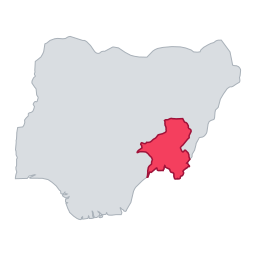 where Taraba sits in Nigeria
{"feature_id": "NGA-2848", "entity_name": "Taraba", "entity_type": "State", "adm_level": 1, "iso_a3": "NGA", "parent_name": "Nigeria", "parent_adm1": "", "projection": "albers", "projection_center": [10.823, 8.016], "detail": "fine", "context": "in_parent", "style": "filled", "palette": "rose", "viewbox_px": 256, "rotation_deg": 0, "n_neighbors": 0, "source": "natural_earth", "source_scale": "10m", "svg_char_len": 6166}
<svg xmlns="http://www.w3.org/2000/svg" viewBox="0 0 256 256"><path d="M221.3,40.1L230.0,51.9L231.8,60.8L232.6,65.1L234.0,65.6L236.6,65.8L238.6,66.7L239.8,68.1L240.5,69.5L240.6,70.3L240.1,75.6L239.5,77.5L239.9,80.2L239.8,81.3L239.5,82.1L238.3,82.9L236.7,83.8L232.8,86.4L231.7,86.8L230.1,86.8L228.7,87.5L227.0,88.9L223.4,94.0L220.4,99.1L218.2,107.4L215.5,110.0L215.0,112.3L214.6,117.5L214.2,119.0L213.7,119.5L210.8,120.5L209.1,121.7L208.1,124.0L206.9,132.0L206.4,133.3L205.5,134.7L204.0,136.2L202.7,137.0L199.3,137.6L196.1,143.6L196.0,144.6L194.6,150.1L192.2,154.2L192.0,156.8L188.9,160.5L187.3,162.9L189.0,165.5L189.1,165.9L183.8,170.2L183.5,170.9L183.3,173.9L182.8,174.7L181.9,175.8L180.4,177.0L179.0,178.0L177.3,178.6L175.7,178.9L174.8,178.5L174.3,177.6L173.4,173.9L173.0,173.1L171.9,172.4L167.8,168.4L165.3,166.9L164.8,167.0L164.4,167.4L163.7,169.5L163.0,170.2L161.7,170.5L159.4,170.5L157.7,170.2L157.4,169.8L156.6,168.2L151.4,171.9L149.7,172.7L147.4,177.0L144.1,179.2L141.9,181.1L135.9,187.0L134.7,188.7L133.5,191.3L130.9,202.4L126.8,209.4L126.2,210.9L125.4,211.4L123.9,211.0L123.1,209.7L122.2,209.5L120.5,207.6L120.1,207.9L121.9,212.7L121.2,214.6L116.2,214.6L111.8,215.2L108.8,215.1L107.3,214.4L106.7,212.6L106.4,212.8L106.3,213.8L105.3,214.5L102.0,214.6L100.5,213.4L99.3,212.0L98.0,211.4L98.2,212.0L99.7,213.3L99.5,215.3L96.8,217.5L95.0,217.6L94.0,216.6L93.5,215.0L93.2,212.7L92.5,211.2L92.1,211.2L92.6,213.7L92.6,216.1L93.8,217.9L91.9,218.4L89.5,218.5L89.2,217.8L88.9,216.3L88.5,215.9L88.0,218.4L83.1,219.1L82.4,219.0L82.3,218.5L82.7,217.8L82.6,216.7L81.5,217.5L81.3,219.3L80.7,219.6L78.9,219.3L76.9,218.4L73.6,216.1L69.6,212.4L69.0,210.8L67.9,208.7L65.9,203.2L66.2,202.9L67.2,203.2L67.6,202.7L66.0,202.3L65.6,201.9L65.5,200.7L65.6,199.2L68.2,198.4L68.8,197.5L69.1,196.6L66.0,198.0L63.1,196.4L62.5,195.4L62.8,194.7L66.2,194.7L67.4,194.0L66.6,193.7L65.4,193.7L64.9,193.2L64.9,192.1L64.5,192.4L64.0,193.4L62.0,194.1L60.8,193.3L60.7,191.7L60.5,190.9L59.5,190.3L56.2,185.9L51.9,182.2L48.1,179.6L42.3,178.3L30.2,178.2L29.5,177.8L30.3,177.3L31.3,176.9L35.3,174.9L34.6,174.6L30.5,175.8L29.2,175.9L27.3,178.4L15.4,178.7L15.4,177.5L16.0,174.3L16.8,172.1L16.0,169.4L15.9,167.0L16.4,166.3L16.6,165.3L16.6,159.1L17.2,158.2L17.3,157.5L16.1,154.9L16.1,152.8L15.9,150.8L15.5,149.9L16.2,142.3L16.1,140.4L16.5,139.1L16.7,135.8L16.8,132.6L17.7,127.5L22.8,126.9L24.0,125.0L24.8,122.5L24.6,120.0L26.3,117.8L28.3,115.9L28.3,113.8L28.9,113.1L29.8,112.7L31.2,112.4L32.7,111.4L33.6,109.6L34.5,106.6L33.2,104.5L33.2,104.1L33.7,103.0L34.6,101.9L35.2,101.5L36.7,101.8L37.1,101.4L38.1,98.1L38.1,97.2L36.7,95.0L36.1,89.1L35.7,88.3L34.7,87.2L31.9,83.0L32.0,81.0L33.2,78.5L34.0,77.3L35.1,76.6L35.3,76.1L35.0,75.3L34.5,74.8L34.4,73.7L35.0,72.1L34.8,70.3L35.3,61.4L37.6,59.7L41.0,56.9L42.7,53.9L43.7,51.6L44.9,43.9L46.7,43.1L50.1,40.4L54.6,38.8L57.6,38.4L62.8,38.8L65.4,38.5L67.7,37.1L68.7,36.7L70.1,36.4L82.9,40.5L84.1,40.4L85.1,40.7L86.7,41.7L90.5,45.5L94.4,51.2L95.6,52.5L96.9,53.2L98.1,53.4L99.1,53.3L100.0,52.8L101.3,51.7L103.2,51.2L104.7,51.3L112.8,47.0L113.6,47.0L118.5,47.9L125.2,52.4L130.7,55.3L134.6,56.3L139.1,57.0L146.9,57.2L152.8,51.1L154.9,49.7L157.5,48.5L163.0,47.4L172.0,46.6L180.4,46.9L185.7,48.0L191.2,50.0L193.6,51.9L197.4,52.2L200.1,51.8L200.9,49.9L203.6,47.4L207.7,45.0L210.9,43.4L213.7,42.6L216.1,40.8L218.0,40.2L221.3,40.1ZM102.3,217.1L100.4,217.7L99.2,217.5L100.9,215.0L101.7,215.6L102.8,215.8L102.3,217.1Z" fill="#d9dde1" stroke="#a8b0b8" stroke-width="1"/><path d="M189.9,159.4L188.8,160.5L187.6,162.3L187.2,162.7L186.9,162.9L186.7,163.1L186.9,163.2L187.3,163.3L187.6,163.5L188.5,164.9L189.3,165.7L189.5,166.2L189.3,166.6L189.1,166.7L188.8,166.5L188.6,166.5L188.3,166.6L188.1,166.7L187.3,167.5L187.0,167.7L187.0,167.8L186.9,168.0L186.7,168.2L186.4,168.2L186.2,168.3L185.9,168.3L185.8,168.6L185.7,168.7L184.6,169.4L183.4,170.5L183.1,171.0L183.0,171.5L183.1,171.8L183.5,172.2L183.6,172.6L183.6,173.1L183.5,173.6L182.9,174.9L182.5,175.5L182.0,175.8L181.2,175.9L180.7,176.3L180.4,176.9L180.3,177.7L180.2,178.2L179.8,178.5L179.3,178.8L178.9,178.9L178.7,178.9L178.2,178.8L178.0,178.7L178.0,178.8L177.8,179.0L177.6,179.0L177.3,178.9L177.2,178.8L176.6,178.9L175.5,179.0L175.0,178.9L174.6,178.7L174.3,177.7L173.9,176.3L173.9,175.5L173.9,174.8L173.9,173.9L173.5,173.1L172.8,172.6L171.1,172.3L170.5,171.6L170.1,170.8L169.9,169.9L169.6,169.2L169.0,168.8L167.4,168.2L166.1,167.5L165.6,167.3L165.3,167.0L165.2,166.1L164.8,165.6L164.5,166.2L164.3,166.9L164.1,167.6L164.0,169.0L163.9,169.1L163.7,169.2L163.5,169.5L163.3,169.8L163.2,170.1L163.2,170.5L158.4,170.6L157.8,170.4L157.4,170.1L157.2,169.8L157.0,168.3L156.8,168.0L156.5,168.0L156.1,168.2L151.5,172.2L151.0,172.4L150.6,172.2L150.3,172.1L149.8,172.0L149.5,172.4L148.0,177.0L147.8,177.2L147.1,177.2L147.5,175.4L147.8,172.2L147.7,171.0L148.3,167.6L148.9,166.5L149.7,165.6L150.6,164.9L151.5,164.1L151.6,161.9L152.4,159.6L151.5,157.4L149.6,155.6L147.9,153.5L145.8,152.0L142.9,151.7L140.0,151.7L139.2,151.9L137.9,152.5L137.3,152.6L137.1,152.2L138.2,150.6L138.8,150.1L141.6,148.2L142.0,147.9L141.9,147.4L141.8,147.0L141.8,146.7L141.7,145.7L140.7,144.4L140.8,143.9L141.0,143.4L141.3,142.9L141.8,142.7L142.7,143.1L143.2,143.3L143.7,143.4L144.3,143.6L144.8,143.6L145.3,143.6L146.1,143.1L146.6,142.3L147.7,142.4L149.1,142.3L150.4,141.9L151.7,140.9L152.8,139.8L154.0,138.9L155.4,138.2L155.9,137.7L156.9,136.5L157.3,135.9L158.2,134.8L162.6,133.7L165.6,132.2L166.2,131.0L166.2,130.3L166.0,129.1L166.1,128.5L166.1,127.9L165.6,126.1L165.2,125.6L165.1,125.0L164.9,123.6L165.0,122.4L164.9,121.4L164.5,120.5L165.5,119.8L167.9,119.7L170.2,118.6L171.5,118.4L172.8,118.7L174.1,118.7L176.1,118.9L182.7,118.6L184.4,121.9L184.9,122.3L185.5,122.4L186.1,122.6L187.2,123.6L187.9,125.0L188.2,125.5L188.4,126.1L188.3,126.8L188.3,127.5L189.0,128.6L190.2,129.2L191.0,130.1L191.1,131.5L189.2,135.4L189.1,136.7L189.2,137.4L189.0,138.0L187.7,139.1L182.9,145.0L181.6,146.1L180.6,147.3L180.4,147.9L181.3,150.0L182.0,151.3L182.5,151.8L183.1,151.9L183.6,151.5L184.1,151.0L184.4,150.4L185.0,150.1L185.7,150.4L186.2,151.0L188.0,152.7L188.9,154.9L188.9,156.2L189.2,157.5L189.6,158.5L189.9,159.4L189.9,159.4Z" fill="#f43f5e" stroke="#9f1239" stroke-width="1.5"/></svg>